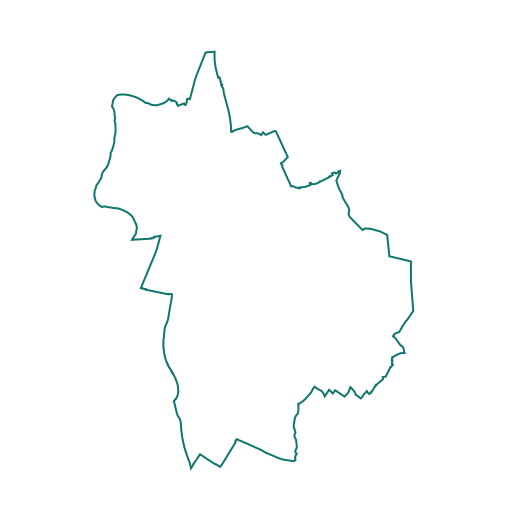 Sittard-Geleen, Limburg, Netherlands, rotated 353°
{"feature_id": "6326949B26439699205725", "entity_name": "Sittard-Geleen", "entity_type": "district", "adm_level": 2, "iso_a3": "NLD", "parent_name": "Netherlands", "parent_adm1": "Limburg", "projection": "mercator", "projection_center": [5.837, 51.01], "detail": "fine", "context": "isolated", "style": "outline", "palette": "teal", "viewbox_px": 512, "rotation_deg": 353, "n_neighbors": 0, "source": "geoboundaries", "source_scale": "gbopen_adm2", "svg_char_len": 5965}
<svg xmlns="http://www.w3.org/2000/svg" viewBox="0 0 512 512"><g transform="rotate(353 256 256)"><path d="M272.9,451.7L273.2,450.9L273.3,449.8L273.4,444.4L273.4,443.8L272.2,439.5L272.2,439.1L272.3,438.5L272.5,437.9L273.2,436.8L273.4,436.3L273.7,435.9L272.9,431.8L272.7,430.2L272.6,429.5L273.8,425.3L274.7,422.1L274.9,421.5L276.4,419.1L277.9,417.8L278.3,417.2L278.5,416.9L279.6,412.7L279.9,407.8L281.3,407.9L281.8,407.4L282.8,406.8L285.2,405.7L287.6,403.9L290.7,401.1L293.3,399.0L294.3,397.9L296.4,394.7L298.4,392.9L300.4,395.1L303.3,397.0L304.4,397.9L305.1,398.7L306.0,400.1L306.5,401.2L307.1,403.7L312.3,397.7L315.5,401.8L318.2,398.9L326.7,406.3L330.3,403.4L330.9,402.8L333.7,397.7L334.7,399.0L336.7,401.8L337.5,403.2L337.7,403.8L337.8,405.0L337.9,405.5L342.6,410.1L344.2,408.9L346.7,405.9L349.6,403.6L350.2,405.1L350.6,405.8L351.7,406.8L353.3,405.2L353.7,405.6L356.4,402.3L359.2,398.5L359.4,398.6L359.6,398.6L359.6,398.8L360.0,398.4L366.9,393.8L367.2,393.4L367.3,392.9L367.3,392.4L367.1,391.6L370.0,391.5L374.7,384.7L375.6,382.9L375.9,383.1L378.6,380.7L377.4,379.4L377.7,379.5L378.7,376.2L378.0,376.0L379.0,372.9L380.2,372.8L382.4,371.7L386.3,370.5L388.0,370.1L391.6,370.4L391.0,365.0L389.7,363.0L388.6,362.3L385.6,356.9L384.7,354.9L382.3,352.4L382.9,352.0L382.8,351.5L384.8,349.8L388.8,348.9L390.5,346.8L392.8,343.6L393.9,342.5L396.6,339.1L397.2,338.5L398.3,337.8L405.4,329.7L406.7,300.2L409.1,280.3L388.3,272.5L388.8,251.1L382.5,246.9L373.4,243.1L367.4,241.9L365.0,243.3L355.8,231.3L353.9,228.7L353.5,227.8L353.3,227.1L353.1,226.5L353.1,225.8L353.3,224.4L353.9,222.6L354.0,221.7L354.1,220.8L353.9,219.7L353.3,217.9L349.3,209.1L349.2,208.2L349.2,206.8L349.1,205.9L347.4,201.1L346.5,199.0L344.9,191.1L345.0,190.7L349.4,183.9L349.7,183.1L349.9,181.8L348.8,182.2L348.6,182.1L348.6,182.4L348.3,182.4L348.3,182.8L345.4,183.9L344.3,182.7L342.2,183.0L341.3,183.4L341.9,185.1L339.0,186.3L338.6,185.9L338.4,186.1L338.7,186.4L337.2,187.1L329.2,189.9L328.4,189.8L328.3,190.3L325.6,191.3L323.9,191.7L322.6,191.8L319.8,191.4L319.7,191.2L319.5,190.4L319.3,190.0L318.8,190.0L318.3,190.1L318.4,192.2L313.0,193.4L307.7,193.3L307.8,194.0L307.5,194.0L307.4,193.8L307.2,194.0L306.3,193.8L304.5,193.0L303.8,192.8L301.2,191.3L300.3,191.0L299.7,191.0L299.4,190.7L299.3,190.8L297.2,184.2L296.8,183.3L296.6,182.8L296.4,181.5L296.1,180.6L295.5,179.3L295.4,178.7L295.2,177.7L293.1,171.3L293.0,170.2L292.8,169.5L293.1,169.4L292.4,168.0L292.0,166.9L293.8,166.4L299.6,161.7L293.9,143.9L291.0,134.9L290.8,134.6L290.3,134.2L289.5,134.2L280.7,136.9L280.0,136.6L278.1,134.2L277.1,135.3L276.6,135.6L275.8,136.6L275.2,136.0L272.5,134.3L272.0,134.2L270.0,134.0L269.3,133.7L268.5,133.2L267.3,131.8L263.3,126.1L258.4,127.3L254.0,127.9L249.6,128.8L249.0,129.0L246.8,130.2L246.6,130.7L246.7,129.3L246.5,129.2L246.9,125.4L247.0,122.0L247.0,117.0L246.9,113.7L246.4,108.2L244.0,91.2L243.9,89.5L243.9,86.5L243.7,85.3L242.8,83.4L242.5,82.6L242.9,82.5L242.9,82.2L243.1,82.2L243.1,82.3L243.3,82.2L243.3,81.7L243.0,81.6L242.5,81.7L242.4,80.7L241.6,74.3L240.2,74.5L239.4,68.7L238.9,64.3L238.8,59.8L238.8,56.8L239.2,52.3L239.8,48.2L230.8,47.8L221.5,64.8L219.2,69.0L218.1,71.2L216.8,74.0L209.5,92.3L207.6,91.5L206.7,91.7L206.4,92.1L206.2,94.2L205.4,96.2L204.5,97.5L203.5,97.1L203.1,95.8L196.8,97.4L195.9,94.8L196.2,94.2L193.8,92.0L193.1,91.9L191.4,91.2L191.6,91.6L191.3,91.9L188.7,89.2L187.5,90.6L184.8,92.3L182.0,93.3L175.9,94.3L173.1,93.8L170.3,93.1L167.6,91.2L164.9,90.5L162.7,88.2L157.7,84.7L155.3,83.3L149.6,80.9L146.6,80.0L143.8,79.5L140.7,79.2L137.5,79.6L135.2,81.7L133.1,84.1L132.4,86.8L131.3,89.8L132.6,92.9L133.0,95.8L132.8,98.9L133.1,101.7L132.1,104.4L132.5,107.4L132.2,110.5L132.0,113.5L131.6,116.4L129.7,122.1L129.4,125.2L128.4,128.0L127.2,130.8L126.0,133.5L124.2,136.1L123.8,139.1L122.7,141.8L120.4,147.2L118.6,149.8L114.2,154.0L112.8,156.6L112.0,159.6L108.4,164.2L106.3,166.3L105.2,169.1L103.7,172.0L102.9,176.4L103.5,181.7L104.8,184.2L106.5,186.5L108.8,188.5L112.1,188.4L115.0,189.5L117.7,190.1L120.4,191.0L123.6,191.6L126.2,192.5L129.0,194.0L133.7,197.0L136.1,199.3L138.0,201.8L139.2,204.6L140.0,207.5L141.1,210.6L141.2,213.4L140.3,216.3L139.5,219.3L135.6,223.8L134.9,224.8L154.0,226.0L154.0,225.6L156.6,225.8L156.8,225.4L156.9,224.7L163.6,224.3L159.3,234.9L158.1,237.6L156.8,240.3L137.8,273.8L139.0,274.4L139.2,274.0L140.8,275.0L141.9,275.2L141.6,275.5L142.1,275.9L164.1,283.3L164.2,282.9L165.4,283.2L167.7,283.5L167.8,284.7L166.8,288.9L164.7,295.3L161.3,307.1L160.8,308.5L159.5,311.2L157.2,315.2L156.6,316.5L156.4,317.3L155.9,319.5L155.5,321.3L154.7,325.3L154.4,325.8L153.8,328.6L153.5,331.7L153.4,331.8L153.2,333.1L153.0,335.6L153.1,338.2L153.0,338.9L153.0,340.4L153.2,343.4L153.5,346.4L154.1,349.4L154.8,351.9L154.9,351.6L155.2,352.4L155.1,352.7L155.4,353.5L155.6,354.0L155.5,354.4L156.6,357.0L156.9,357.0L157.5,358.4L157.7,358.8L157.6,359.1L158.2,360.7L158.3,360.3L159.0,361.9L158.9,362.1L159.1,362.2L160.6,366.1L161.1,367.7L161.9,371.1L162.2,372.2L162.5,374.6L162.6,377.0L162.4,380.8L162.1,381.9L161.4,384.2L160.4,386.4L159.4,387.8L159.2,387.7L157.7,389.3L156.7,390.1L157.1,391.9L158.1,401.2L158.3,402.6L158.7,404.5L159.2,405.8L160.0,407.3L160.4,408.3L160.7,409.4L160.9,410.7L161.0,411.9L160.6,419.6L160.7,423.9L160.7,425.3L160.6,425.5L161.0,431.4L161.5,435.5L161.4,436.3L161.9,438.7L162.0,439.8L163.6,447.5L164.9,452.7L165.1,454.1L165.6,458.8L166.1,458.1L166.7,457.5L168.6,455.0L168.6,454.7L168.8,454.7L176.3,446.0L190.0,457.7L190.7,457.6L194.4,460.8L194.8,460.9L195.6,460.3L196.1,459.7L196.2,459.4L196.4,459.2L197.0,458.6L211.5,440.3L212.1,439.7L212.6,438.9L213.1,437.5L212.9,437.2L214.7,435.4L217.0,437.1L217.5,437.2L221.7,439.7L224.8,441.4L227.7,443.3L236.6,448.6L239.0,450.3L242.2,452.9L242.7,453.0L242.9,453.0L254.3,459.7L257.3,461.0L260.4,462.1L268.6,464.2L270.2,463.5L270.4,462.3L270.3,461.7L270.0,461.0L271.5,458.2L272.4,457.1L271.7,456.3L271.3,455.8L271.2,455.3L271.2,454.6L271.3,454.1L271.9,453.3L272.7,451.7L272.9,451.7Z" fill="none" stroke="#0f766e" stroke-width="2"/></g></svg>